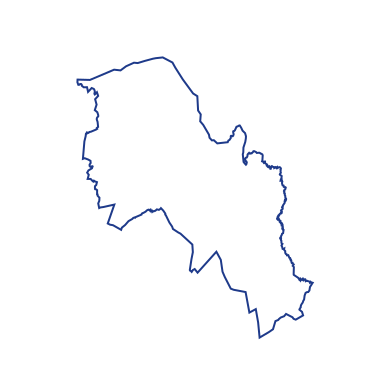 Pasienes pag., Zilupes, Latvia, rotated 286°
{"feature_id": "27541924B2510682390951", "entity_name": "Pasienes pag.", "entity_type": "district", "adm_level": 2, "iso_a3": "LVA", "parent_name": "Latvia", "parent_adm1": "Zilupes", "projection": "equal_earth", "projection_center": [28.149, 56.234], "detail": "fine", "context": "isolated", "style": "outline", "palette": "blue", "viewbox_px": 384, "rotation_deg": 286, "n_neighbors": 0, "source": "geoboundaries", "source_scale": "gbopen_adm2", "svg_char_len": 6072}
<svg xmlns="http://www.w3.org/2000/svg" viewBox="0 0 384 384"><g transform="rotate(286 192 192)"><path d="M116.0,219.6L141.3,231.9L134.7,238.4L123.8,243.3L119.4,246.9L109.8,255.9L109.5,259.0L110.6,271.1L91.9,280.4L97.0,285.6L84.9,291.5L70.7,297.1L78.4,304.4L82.4,307.7L90.9,307.8L92.8,310.2L93.7,310.5L95.8,311.9L98.0,314.8L100.7,316.0L99.3,323.1L98.1,324.6L97.9,326.9L104.0,332.8L107.1,330.8L108.5,327.7L108.8,327.6L111.3,328.3L112.1,328.0L113.9,328.1L116.3,328.9L118.4,329.0L119.4,329.4L123.5,328.8L126.3,329.0L127.3,329.9L127.9,331.3L129.7,332.0L133.2,331.6L138.0,333.0L138.0,331.5L138.3,330.9L137.5,330.8L137.2,330.5L138.2,329.9L138.3,328.0L138.2,327.2L138.4,326.8L137.6,325.9L139.3,324.9L139.2,324.4L138.6,323.8L137.7,323.4L138.0,322.6L139.1,322.7L139.4,322.4L139.1,322.1L138.1,322.1L137.9,321.8L138.0,321.2L137.2,320.9L138.0,320.5L138.6,319.8L138.2,319.6L137.7,319.9L137.0,319.9L137.2,319.4L138.1,319.0L138.1,318.5L138.8,317.7L140.4,312.7L140.9,312.4L147.9,310.6L148.6,309.7L148.8,309.2L150.4,309.7L150.6,309.0L151.5,308.3L151.1,307.7L151.4,307.3L152.9,306.5L153.6,306.3L153.8,306.1L153.7,305.7L154.5,305.5L154.7,305.2L154.6,304.9L155.6,304.5L155.6,303.7L157.8,302.0L157.5,301.4L157.3,300.7L158.2,300.2L158.3,299.3L159.2,298.4L160.9,297.9L161.6,296.7L162.2,296.3L163.1,296.2L162.7,295.8L162.3,294.8L164.5,293.5L165.1,292.8L166.9,293.2L166.9,292.6L168.5,291.7L169.7,291.4L170.2,290.8L171.5,290.5L171.3,290.0L171.5,289.6L172.0,289.4L172.6,289.5L173.3,290.0L174.5,289.8L175.2,290.1L176.7,290.1L177.5,290.9L180.7,290.5L180.7,290.0L181.4,289.7L181.1,289.5L181.5,288.9L182.0,288.8L182.1,289.1L181.9,289.4L182.4,289.4L182.9,288.8L183.7,288.8L183.9,288.4L184.6,288.3L184.6,287.8L185.3,288.2L186.3,287.4L186.1,286.9L186.8,286.8L187.0,286.6L187.2,286.1L186.8,285.7L187.4,285.3L187.4,284.8L188.0,284.8L188.1,284.5L188.6,284.8L189.0,283.8L189.6,283.4L189.1,283.0L188.9,282.4L189.4,281.4L189.9,281.1L190.2,281.2L190.1,281.6L190.3,281.8L190.6,281.8L190.7,281.3L191.4,281.1L191.9,281.3L191.9,281.8L192.1,282.0L192.4,281.9L192.6,281.4L193.1,281.4L194.0,281.9L194.0,282.3L195.1,282.4L195.6,282.9L196.1,283.0L195.9,283.5L196.2,283.8L196.9,283.4L197.5,283.6L197.4,283.9L197.7,283.9L198.4,283.4L198.6,282.7L198.8,282.7L199.5,282.9L200.4,283.7L201.3,283.7L202.0,283.2L202.1,282.8L202.5,282.8L202.8,282.9L203.0,283.3L204.1,283.1L207.2,284.1L208.2,283.7L208.6,284.0L208.8,283.6L210.4,283.5L210.7,283.7L210.5,284.5L211.0,284.5L211.5,284.3L212.3,283.3L214.2,282.6L214.8,281.9L216.0,281.7L216.5,280.8L217.5,280.9L218.2,280.1L219.1,280.1L220.1,280.9L222.1,280.9L222.4,280.5L222.0,279.4L222.3,278.7L223.4,278.3L223.4,277.2L225.0,276.2L226.1,275.9L226.8,276.0L228.3,275.0L228.3,274.6L227.3,274.3L227.2,274.0L228.9,273.9L229.7,274.4L230.7,274.0L231.7,273.9L232.2,273.7L232.7,272.0L233.0,271.6L233.7,271.6L235.0,272.1L236.0,271.5L237.5,271.2L238.0,270.8L238.8,271.1L239.6,270.5L240.0,269.7L239.9,268.9L238.5,267.5L239.4,267.0L239.1,266.8L238.2,267.0L238.1,266.8L238.3,266.4L239.8,266.2L239.1,266.0L239.1,265.6L237.7,264.4L238.6,263.9L238.4,262.3L238.9,261.9L238.9,261.6L238.4,261.3L236.0,261.3L235.9,260.9L236.6,260.5L237.1,260.4L237.6,259.9L237.7,259.5L238.1,259.3L238.2,259.0L237.6,258.4L236.9,258.7L236.9,258.3L237.6,257.1L238.0,256.9L238.9,256.8L239.1,256.5L238.8,256.2L239.3,256.0L239.8,254.3L241.4,253.8L241.2,253.2L240.0,252.8L241.0,251.6L240.9,250.9L242.0,250.9L246.6,249.9L247.5,249.3L247.9,248.2L247.8,247.4L248.1,247.0L248.3,245.8L247.4,243.5L248.1,242.4L248.4,240.4L248.1,239.8L247.2,239.6L245.6,238.7L245.7,238.1L245.0,237.5L244.8,237.1L245.4,236.1L243.9,235.3L243.3,235.1L241.7,235.4L240.5,235.2L240.2,235.1L239.7,234.2L238.3,233.8L237.8,234.0L237.2,234.8L236.3,235.1L236.3,235.9L235.6,236.5L233.8,236.6L233.1,236.3L234.0,234.8L235.1,233.3L242.3,230.4L244.1,230.4L248.9,229.2L254.8,229.4L258.3,229.0L260.5,228.5L263.2,226.8L264.9,223.7L267.3,221.6L269.1,219.6L269.0,219.1L267.5,217.6L267.0,216.8L263.0,216.2L262.1,215.6L261.9,215.0L261.6,214.9L260.3,215.3L259.1,216.1L257.5,216.1L256.8,215.7L256.9,214.5L256.7,214.0L256.3,213.9L254.6,214.4L252.4,213.7L251.5,212.8L249.7,212.6L245.7,202.9L247.8,198.7L247.1,196.9L249.0,193.9L251.8,192.5L259.6,184.3L262.2,180.4L269.0,179.0L272.0,175.4L285.6,170.7L287.0,165.9L297.7,152.1L307.0,141.6L311.1,137.5L313.3,126.8L310.7,120.4L309.4,117.8L305.0,110.5L301.0,104.3L300.3,100.6L294.7,94.0L289.2,89.8L288.1,83.4L271.6,63.0L268.5,51.0L265.9,51.6L263.7,53.2L264.1,54.2L265.0,54.7L265.2,55.8L264.8,56.4L263.7,56.9L262.8,59.1L263.8,62.2L259.6,64.5L264.3,66.9L264.0,69.2L263.3,70.0L261.8,70.9L259.5,71.1L259.0,71.7L261.7,73.1L258.5,75.3L254.5,73.3L249.7,76.2L243.9,76.0L242.6,79.0L240.0,80.7L238.8,81.0L237.5,80.3L236.6,80.2L235.4,80.5L233.4,81.9L228.7,83.8L227.2,82.8L226.6,82.9L226.4,83.3L225.6,82.6L222.0,78.1L221.4,76.8L220.3,76.2L220.3,75.2L220.0,75.3L219.4,74.9L219.6,74.5L219.1,74.5L219.1,74.2L218.8,74.0L216.3,74.4L211.0,74.6L193.8,78.0L194.9,79.5L194.6,83.2L194.0,85.8L192.0,86.6L190.1,86.0L188.8,86.4L188.2,87.4L189.3,89.0L189.2,89.4L187.2,89.3L184.2,86.5L181.7,85.9L180.1,88.0L175.8,88.1L176.6,91.0L175.2,93.3L175.6,94.0L175.4,94.1L175.9,94.5L175.8,94.8L175.2,95.0L175.5,95.3L175.3,97.9L172.3,98.0L171.0,97.2L170.0,97.3L168.3,97.9L168.0,98.1L168.1,99.2L167.6,100.3L163.6,101.4L163.6,101.9L162.4,102.3L161.0,104.6L158.0,105.3L155.2,105.0L151.0,107.2L151.9,108.2L153.1,110.9L158.5,120.8L138.5,119.7L138.0,122.3L138.3,125.1L138.2,125.7L136.1,134.3L138.4,134.4L141.8,136.8L146.5,139.0L149.7,142.1L150.9,142.7L151.9,144.1L151.7,144.4L152.3,144.7L156.4,149.7L157.2,149.7L157.9,150.1L158.5,151.0L160.3,152.8L161.9,153.7L163.0,154.9L162.8,155.8L163.8,157.0L163.4,157.4L162.2,157.2L162.0,157.4L161.9,157.8L162.1,158.1L162.5,158.2L162.4,158.5L162.8,158.8L162.0,159.3L162.8,159.8L162.8,160.5L163.3,160.8L163.8,161.9L165.6,163.0L165.7,165.1L167.1,166.3L167.9,166.6L166.2,169.5L163.9,172.3L162.9,172.5L162.4,173.3L156.4,178.7L153.3,182.4L151.2,183.9L149.3,190.0L148.8,192.4L141.6,206.8L134.4,209.4L127.3,210.0L116.4,211.4L115.9,211.8L115.9,212.4L115.1,213.7L117.3,214.4L118.7,215.8L116.0,219.6Z" fill="none" stroke="#1e3a8a" stroke-width="2"/></g></svg>